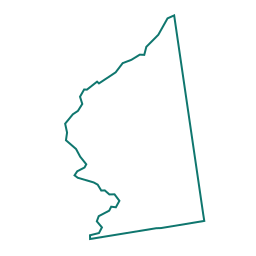 the district of Custer, Colorado, United States of America, rotated 81°
{"feature_id": "52423323B47338290573019", "entity_name": "Custer", "entity_type": "district", "adm_level": 2, "iso_a3": "USA", "parent_name": "United States of America", "parent_adm1": "Colorado", "projection": "robinson", "projection_center": [-105.354, 38.078], "detail": "fine", "context": "isolated", "style": "outline", "palette": "teal", "viewbox_px": 256, "rotation_deg": 81, "n_neighbors": 0, "source": "geoboundaries", "source_scale": "gbopen_adm2", "svg_char_len": 719}
<svg xmlns="http://www.w3.org/2000/svg" viewBox="0 0 256 256"><g transform="rotate(81 128 128)"><path d="M231.7,67.2L224.7,67.2L24.0,64.8L25.9,71.8L40.7,83.5L50.7,97.2L58.3,100.5L57.4,104.9L61.2,114.0L63.1,123.1L71.1,131.5L79.4,149.7L77.4,151.3L83.7,162.6L83.1,165.3L89.6,170.5L97.1,169.4L103.3,174.8L105.8,180.3L113.9,189.4L123.0,188.9L130.4,191.2L140.6,182.6L148.9,179.7L157.3,174.9L160.2,177.1L162.8,184.9L166.4,188.2L169.3,185.4L176.4,170.4L179.2,166.8L185.6,164.2L186.0,160.7L190.7,156.8L191.4,151.7L198.6,147.9L204.4,152.4L203.1,156.9L206.7,159.5L210.5,170.7L215.3,173.4L222.1,169.3L227.2,173.1L228.0,182.3L231.7,182.8L231.4,115.8L232.0,111.1L231.7,67.2Z" fill="none" stroke="#0f766e" stroke-width="2"/></g></svg>